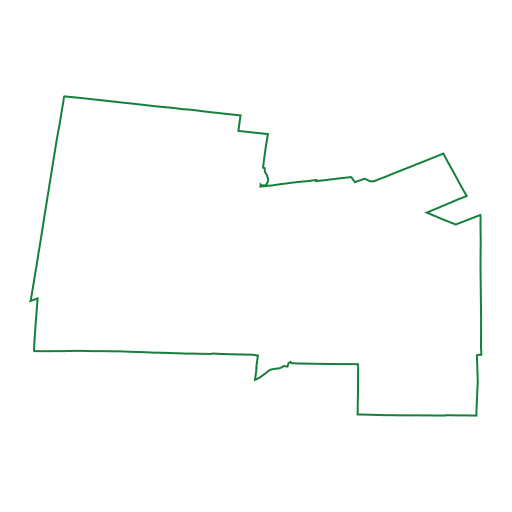 the district of Unirea, Dolj, Romania
{"feature_id": "2599482B28955327165277", "entity_name": "Unirea", "entity_type": "district", "adm_level": 2, "iso_a3": "ROU", "parent_name": "Romania", "parent_adm1": "Dolj", "projection": "robinson", "projection_center": [23.169, 44.16], "detail": "fine", "context": "isolated", "style": "outline", "palette": "green", "viewbox_px": 512, "rotation_deg": 0, "n_neighbors": 0, "source": "geoboundaries", "source_scale": "gbopen_adm2", "svg_char_len": 5917}
<svg xmlns="http://www.w3.org/2000/svg" viewBox="0 0 512 512"><path d="M481.3,354.8L481.3,353.4L481.0,347.4L481.1,318.7L480.5,265.7L480.7,239.3L480.5,225.9L480.5,223.3L480.6,216.8L480.4,215.9L480.3,215.0L455.7,224.5L443.3,219.6L426.8,212.6L432.0,210.4L444.9,205.0L457.8,199.5L466.7,196.0L463.7,190.9L459.9,184.0L455.0,174.9L445.9,158.4L443.6,154.0L443.4,153.6L437.6,155.9L429.9,159.0L423.4,161.6L419.4,163.2L415.5,164.7L410.2,166.9L399.4,171.1L392.6,173.8L385.9,176.6L380.1,178.8L375.1,180.8L373.3,181.3L371.3,181.4L369.7,181.1L367.7,180.1L366.0,179.3L365.1,178.9L364.3,178.8L362.6,179.4L359.3,180.6L356.4,181.6L354.9,182.2L354.7,181.8L351.3,177.2L350.8,177.1L340.8,178.2L323.7,180.3L316.2,181.1L316.3,180.0L315.2,180.1L312.3,180.5L309.1,181.0L306.9,181.2L303.9,181.4L298.0,182.0L293.5,182.5L291.1,182.8L288.6,183.1L286.3,183.5L284.1,183.7L281.1,184.1L277.4,184.6L271.8,185.5L268.4,185.7L260.4,186.6L260.6,184.6L261.1,185.2L261.9,185.3L263.2,185.3L264.8,185.4L265.8,185.4L267.0,183.4L267.7,182.0L268.0,180.8L268.2,179.7L268.1,178.9L267.9,178.0L267.2,176.1L266.2,173.8L265.1,172.1L264.8,171.6L264.8,171.2L264.7,170.2L264.8,169.0L264.7,168.2L264.4,167.9L263.8,167.8L263.0,167.7L264.5,156.2L265.8,146.9L267.9,134.1L238.4,130.9L240.5,115.4L226.4,113.9L220.2,113.2L211.5,112.3L207.2,111.8L200.1,110.9L196.3,110.4L188.3,109.5L182.5,109.2L174.9,108.1L156.7,106.4L152.0,105.9L150.6,105.7L148.7,105.5L146.9,105.3L144.5,105.0L137.6,104.2L136.3,104.2L135.8,104.0L130.5,103.4L124.4,102.8L79.1,97.8L64.4,96.4L64.2,96.6L64.1,96.8L63.9,97.4L63.0,104.0L62.4,106.8L62.0,109.7L61.5,112.1L60.4,119.8L56.7,139.9L50.4,179.0L43.3,223.3L43.0,225.3L42.7,227.7L42.1,231.0L41.7,233.5L41.2,236.7L40.8,239.2L40.3,242.3L39.6,246.6L39.1,249.7L38.5,253.1L38.1,255.9L37.6,259.1L36.9,262.8L36.5,265.9L35.3,272.9L34.5,277.6L33.9,281.6L33.3,285.1L32.4,290.6L31.0,299.0L30.9,300.3L30.8,300.7L30.7,300.9L31.6,300.6L35.1,299.3L37.6,298.4L37.6,299.0L37.4,300.7L37.3,302.4L37.2,304.2L37.0,305.9L36.9,307.6L36.8,309.4L36.6,311.1L36.5,312.7L36.2,316.7L36.2,317.2L36.1,317.6L36.1,318.0L36.1,318.4L36.0,318.9L36.0,319.3L36.0,319.8L35.9,320.2L35.9,320.6L35.8,321.1L35.8,321.5L35.8,321.9L35.7,322.4L35.7,322.8L35.7,323.2L35.7,323.7L35.6,324.8L35.4,326.8L35.4,327.8L35.3,328.8L35.2,329.8L35.2,330.8L35.1,331.9L35.0,332.9L34.9,334.9L34.8,336.0L34.8,337.0L34.7,338.0L34.6,339.1L34.5,340.1L34.5,341.1L34.4,342.1L34.3,343.1L34.2,345.5L34.0,350.8L34.2,351.1L34.4,351.1L36.7,351.1L43.8,351.2L65.6,351.1L66.0,351.0L67.5,350.9L68.8,351.0L69.9,351.0L71.6,351.0L73.1,350.9L74.5,350.9L75.0,350.9L75.5,350.9L75.8,350.9L77.0,350.9L79.0,350.9L80.1,350.9L80.9,350.9L81.6,350.9L82.3,350.9L82.7,351.0L83.3,351.0L83.7,350.9L84.1,350.9L84.8,350.9L85.4,351.0L86.0,351.0L86.6,351.0L86.9,351.0L87.4,351.0L88.2,351.0L89.0,351.0L89.9,351.1L91.4,351.1L91.7,351.1L98.7,351.1L113.1,351.3L122.3,351.4L130.7,351.8L144.9,352.2L152.6,352.6L157.4,352.7L158.1,352.7L158.6,352.7L160.1,352.7L161.5,352.8L162.9,352.8L164.2,352.8L166.4,352.9L168.5,353.0L171.4,353.1L172.8,353.1L173.9,353.2L175.0,353.2L176.0,353.2L178.2,353.3L180.3,353.4L182.2,353.4L183.4,353.5L185.5,353.6L187.6,353.6L189.7,353.6L191.3,353.6L194.1,353.6L196.0,353.7L197.5,353.7L199.3,353.8L202.3,353.8L204.5,353.8L205.3,353.9L206.0,353.9L206.9,353.9L208.1,353.9L209.2,354.0L209.7,354.0L210.5,354.0L210.9,353.9L211.7,353.7L212.4,353.6L213.5,353.6L214.3,353.6L215.7,353.7L217.6,353.8L218.8,353.8L220.2,353.9L220.9,354.0L221.9,354.0L223.8,354.0L224.8,354.0L225.3,354.1L225.9,354.1L226.6,354.2L227.7,354.2L228.8,354.2L230.0,354.2L231.3,354.3L232.2,354.2L233.2,354.3L234.2,354.3L235.4,354.3L236.6,354.4L237.7,354.4L238.6,354.4L239.5,354.5L240.3,354.4L241.4,354.5L242.0,354.5L242.6,354.4L243.3,354.5L243.7,354.5L244.7,354.6L245.3,354.6L246.1,354.6L246.5,354.4L247.1,354.7L247.8,354.7L248.8,354.6L249.4,354.6L250.1,354.7L250.8,354.7L251.4,354.7L252.5,354.7L253.3,354.9L254.1,355.0L254.6,355.0L255.3,355.1L255.7,355.2L256.1,355.3L256.5,355.5L256.8,355.5L257.6,355.4L257.9,355.4L257.7,357.3L257.5,358.5L257.2,360.8L256.8,363.6L256.5,365.9L256.3,368.1L256.6,368.1L255.8,373.9L255.0,379.8L255.7,379.5L259.4,377.8L266.0,373.0L269.0,370.4L271.1,369.5L274.3,368.9L279.3,368.3L281.2,367.6L283.9,366.0L287.5,366.6L288.5,363.2L290.5,361.9L291.0,362.7L292.0,363.2L299.3,363.5L328.3,364.0L348.7,364.1L357.9,364.2L357.9,364.5L358.1,364.9L358.1,365.9L358.1,369.4L358.0,379.3L358.0,390.8L357.6,414.4L358.7,414.4L359.3,414.5L359.9,414.5L360.5,414.5L361.1,414.5L361.7,414.5L362.3,414.6L363.0,414.6L363.7,414.6L364.3,414.6L365.0,414.6L365.7,414.6L366.4,414.7L367.1,414.7L367.8,414.7L368.4,414.7L369.1,414.7L369.8,414.8L370.4,414.8L371.0,414.8L371.6,414.8L372.3,414.8L372.9,414.8L373.6,414.9L374.9,414.9L375.6,414.9L376.3,414.9L376.9,415.0L377.6,415.0L378.3,415.0L379.0,415.0L379.7,415.0L380.4,415.0L381.0,415.0L381.7,415.1L382.3,415.1L382.9,415.1L383.6,415.1L384.2,415.1L384.9,415.1L385.5,415.1L386.1,415.2L386.8,415.2L387.4,415.2L387.8,415.2L388.4,415.2L388.9,415.2L389.5,415.2L390.1,415.2L390.7,415.2L391.4,415.2L392.1,415.2L392.7,415.2L393.4,415.2L394.1,415.2L394.8,415.2L396.5,415.3L398.0,415.3L399.7,415.3L403.3,415.3L408.7,415.3L410.5,415.4L412.3,415.4L413.9,415.3L415.6,415.3L417.2,415.3L418.9,415.3L420.5,415.4L422.2,415.4L423.9,415.4L425.6,415.4L427.4,415.4L429.2,415.4L432.8,415.5L434.6,415.5L436.3,415.5L439.9,415.5L441.6,415.5L443.4,415.5L445.2,415.5L445.4,415.5L445.6,415.5L445.7,415.4L445.9,415.4L446.0,415.3L446.1,415.2L448.3,415.2L449.1,415.2L449.9,415.2L450.7,415.3L452.3,415.3L454.3,415.3L454.7,415.3L455.5,415.3L456.4,415.3L457.4,415.4L458.3,415.4L459.2,415.4L460.1,415.4L461.0,415.4L461.9,415.4L462.8,415.4L464.5,415.4L465.5,415.4L467.3,415.4L468.2,415.4L469.0,415.5L470.0,415.5L471.9,415.5L472.8,415.5L473.7,415.5L474.6,415.5L476.4,415.6L476.5,409.4L477.0,397.7L477.4,388.4L477.8,382.7L476.9,355.7L477.1,355.2L477.7,354.9L478.5,354.9L479.3,354.9L480.3,354.9L481.1,354.9L481.3,354.8Z" fill="none" stroke="#15803d" stroke-width="2"/></svg>